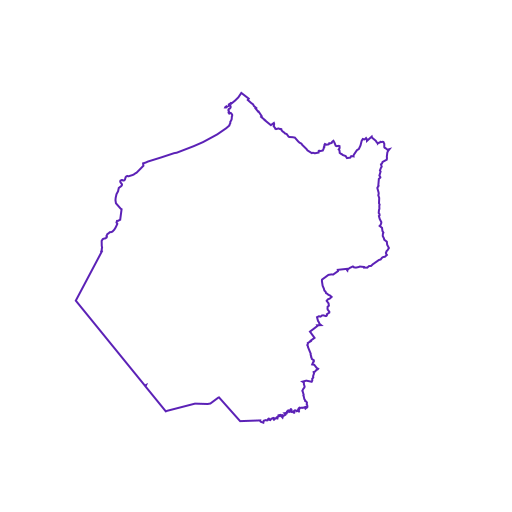 the district of Alexandrina, South Australia, Australia, rotated 138°
{"feature_id": "25037944B24690359827006", "entity_name": "Alexandrina", "entity_type": "district", "adm_level": 2, "iso_a3": "AUS", "parent_name": "Australia", "parent_adm1": "South Australia", "projection": "mercator", "projection_center": [138.826, -35.338], "detail": "fine", "context": "isolated", "style": "outline", "palette": "violet", "viewbox_px": 512, "rotation_deg": 138, "n_neighbors": 0, "source": "geoboundaries", "source_scale": "gbopen_adm2", "svg_char_len": 6125}
<svg xmlns="http://www.w3.org/2000/svg" viewBox="0 0 512 512"><g transform="rotate(138 256 256)"><path d="M181.1,172.9L178.8,172.9L177.1,171.6L174.8,171.7L168.2,170.9L167.3,170.8L165.7,170.0L163.5,170.4L162.1,170.1L160.8,169.2L158.0,169.2L157.9,170.4L157.4,171.4L156.4,171.8L156.0,172.2L154.4,172.3L151.9,173.0L151.0,176.6L149.2,179.1L149.8,182.3L149.1,183.5L148.4,186.1L146.7,187.7L145.7,188.1L145.3,190.0L143.5,192.6L144.0,195.6L142.7,195.7L141.1,196.5L140.2,197.3L139.3,200.7L137.9,203.5L137.0,203.5L136.2,204.5L136.0,205.9L133.7,208.0L132.8,208.4L130.8,210.8L129.8,211.4L129.3,212.9L125.6,216.7L124.4,219.4L123.2,220.1L122.4,221.2L120.3,225.4L119.0,225.9L118.6,225.8L118.0,226.2L118.1,226.4L113.1,231.1L111.1,231.1L110.8,231.5L110.5,233.2L106.9,235.4L106.7,236.6L104.2,237.9L102.8,238.3L101.8,240.5L100.6,240.4L99.0,241.2L94.4,240.1L93.1,241.2L92.4,242.2L89.2,245.0L87.6,245.7L85.3,246.1L87.2,247.0L87.6,249.7L88.0,250.3L87.8,251.1L85.6,253.5L85.0,255.5L85.5,256.2L86.4,256.6L87.1,257.6L88.3,257.5L89.2,258.1L89.9,258.1L89.7,258.3L90.3,259.3L89.9,261.5L90.6,266.4L90.1,267.3L96.5,267.3L95.5,268.5L95.3,270.0L96.9,269.9L97.6,270.2L98.3,271.5L100.4,270.9L104.4,268.2L108.0,266.7L110.2,267.1L115.5,265.8L116.7,265.2L116.9,264.8L118.4,266.5L120.1,266.0L122.9,267.9L122.5,270.3L124.0,273.1L124.1,274.5L124.4,274.7L124.8,276.6L123.4,278.5L123.2,279.0L123.3,279.8L121.6,280.3L120.4,281.8L120.8,282.5L122.6,283.7L123.0,284.6L121.8,287.9L121.4,289.8L123.0,289.9L124.0,289.4L125.3,289.9L126.1,290.8L126.8,290.4L127.4,290.4L129.2,291.6L129.8,293.1L131.0,292.7L131.3,292.0L132.0,291.8L132.5,291.2L132.8,291.4L133.9,290.5L135.8,289.7L138.2,291.1L138.6,292.0L139.1,292.1L140.3,291.0L143.6,293.0L144.2,294.1L144.9,294.8L145.7,295.1L147.1,300.1L146.9,301.6L147.3,307.8L147.1,308.5L147.2,309.6L147.8,311.0L148.0,312.9L147.9,318.0L149.4,319.9L151.7,322.2L151.9,323.0L151.6,326.1L152.5,327.8L152.4,328.8L152.8,330.3L152.9,331.7L152.9,332.3L152.3,333.3L152.6,333.9L153.3,334.4L153.9,335.7L156.2,336.9L156.5,337.8L156.2,338.1L156.0,340.7L155.0,341.2L154.0,342.2L153.7,342.9L157.4,343.3L158.6,351.0L158.4,351.0L159.1,356.0L158.2,356.1L157.4,361.6L157.8,361.7L157.6,366.0L156.8,365.9L157.2,368.9L156.7,370.6L157.2,372.9L157.7,377.5L156.1,377.8L157.8,387.0L163.0,385.7L167.5,385.5L171.5,385.7L172.0,386.3L172.6,386.0L172.7,386.5L173.9,386.4L174.0,386.7L174.8,386.8L175.3,386.0L175.7,385.8L175.1,385.6L174.6,384.8L174.7,384.3L175.2,383.6L176.0,383.2L177.0,383.1L177.6,383.4L178.3,383.4L179.2,382.5L179.2,381.7L180.5,380.9L180.6,379.7L180.0,379.5L179.5,379.8L179.0,379.0L179.1,377.1L179.9,376.1L180.5,375.9L182.5,374.0L183.7,373.4L185.3,372.9L186.4,371.8L187.7,371.4L188.5,370.8L192.7,370.9L203.4,372.3L207.6,373.3L219.2,376.1L228.8,379.3L245.8,385.8L248.0,387.2L260.5,392.7L273.1,398.5L275.6,399.3L277.9,400.4L279.3,398.4L289.2,397.8L289.9,398.1L292.5,398.4L293.6,398.8L297.1,400.4L297.6,400.7L298.0,401.5L298.9,401.9L300.2,401.8L302.2,400.5L303.4,400.4L304.3,401.0L304.4,401.7L304.9,402.3L306.3,402.7L306.9,402.4L307.4,401.5L307.6,399.0L308.2,398.4L309.3,398.1L312.4,398.4L315.2,396.4L318.3,395.3L321.4,393.1L323.1,391.5L324.8,388.9L324.9,381.7L324.6,380.7L332.7,373.8L333.6,374.2L334.6,374.2L335.8,375.1L337.3,374.2L337.4,372.9L337.7,372.6L341.3,371.1L343.7,370.4L346.4,370.2L347.7,370.7L348.7,371.5L350.8,371.5L351.5,371.8L353.8,370.9L353.9,370.1L354.7,369.7L356.2,369.9L357.0,370.5L358.6,371.1L360.6,370.5L363.8,366.8L364.8,365.2L366.1,364.3L366.5,363.7L367.9,363.0L367.6,362.5L419.8,343.4L425.3,234.1L424.0,233.7L425.4,233.1L427.0,200.9L425.6,200.4L400.1,187.1L391.0,178.4L388.6,176.9L379.0,176.0L378.1,175.7L378.3,143.9L362.9,131.0L363.3,130.7L363.4,129.7L362.1,127.2L360.5,128.4L358.5,127.5L357.9,126.4L357.4,126.2L356.2,126.7L355.4,126.7L355.2,126.4L355.7,125.4L355.2,124.5L353.6,124.8L351.5,124.1L351.2,123.8L351.3,123.6L352.2,122.7L352.2,122.3L349.9,122.3L348.8,120.9L348.5,121.1L348.5,121.9L348.3,122.2L346.4,121.6L346.3,122.3L345.9,122.6L344.4,121.7L344.8,121.2L344.4,119.2L344.4,118.2L343.6,118.7L343.7,119.7L343.1,120.3L342.7,120.0L342.2,118.7L340.3,118.3L340.0,118.4L339.9,118.9L340.0,120.1L338.7,119.3L338.3,118.6L337.5,119.0L337.1,119.7L335.6,119.7L335.8,117.9L335.0,117.6L334.6,117.7L334.7,119.0L333.6,118.4L332.7,118.9L332.4,118.6L332.5,118.0L334.0,116.4L333.9,116.2L333.1,115.9L332.8,114.3L332.4,113.9L332.2,114.0L331.6,115.4L330.4,115.3L329.9,114.8L329.7,113.5L328.5,113.2L328.4,112.0L328.1,111.7L327.8,111.9L327.7,112.8L326.7,113.1L326.9,113.8L326.2,113.7L325.9,114.2L325.1,114.2L324.4,113.1L323.2,112.5L322.9,111.8L321.3,111.2L321.2,110.8L321.4,109.5L321.0,109.5L320.8,110.6L320.5,110.8L320.1,110.7L319.5,109.3L319.1,109.3L318.4,109.9L317.7,111.0L317.6,111.8L316.3,112.9L316.0,114.2L316.5,115.4L316.0,116.1L315.8,117.4L314.4,119.8L314.2,120.6L313.5,120.9L311.8,124.4L311.8,124.8L309.8,125.6L308.0,125.9L307.2,126.5L306.1,128.9L305.4,129.5L305.1,130.1L305.5,131.5L302.0,129.7L298.8,125.3L297.5,125.8L296.3,127.2L295.0,127.3L294.6,127.5L294.0,128.5L291.5,129.9L290.8,131.2L289.4,130.6L287.6,130.9L286.0,130.5L285.3,130.6L285.8,132.2L285.5,136.2L286.8,137.8L284.5,138.9L283.9,139.1L283.6,138.9L282.8,139.8L283.4,142.1L282.7,143.5L282.6,144.2L282.1,144.5L281.5,146.1L280.8,146.6L278.2,153.8L277.8,154.1L277.5,155.5L276.2,156.0L275.7,156.7L272.2,156.0L272.1,156.5L267.3,156.0L266.5,163.7L256.9,162.9L256.8,163.5L253.9,161.1L254.2,163.0L253.4,165.5L253.4,166.2L251.6,169.7L249.5,169.1L248.8,167.9L248.3,167.7L246.9,167.7L245.7,166.9L244.3,164.6L243.9,164.4L243.2,164.4L242.6,164.8L242.3,165.3L239.4,164.9L238.8,165.5L238.6,168.1L238.2,168.9L236.7,170.4L235.1,170.3L233.8,172.2L233.5,175.4L231.6,175.7L229.7,175.0L227.2,175.0L227.4,177.1L228.2,178.8L228.3,180.2L228.8,181.5L228.2,182.9L228.3,184.6L227.4,186.3L226.4,189.3L223.7,193.4L222.7,194.3L214.8,193.5L212.3,191.9L211.1,190.6L205.2,189.9L204.5,191.0L197.0,185.6L197.8,184.5L197.8,184.1L197.3,184.5L196.1,184.6L194.3,184.4L191.0,183.4L190.8,182.9L190.8,182.0L189.5,180.5L186.9,179.0L185.9,178.7L183.1,175.6L183.5,175.1L181.1,172.9ZM178.9,386.4L178.0,386.3L177.6,386.5L177.7,387.0L179.0,387.2L179.5,387.0L178.9,386.4Z" fill="none" stroke="#5b21b6" stroke-width="2"/></g></svg>